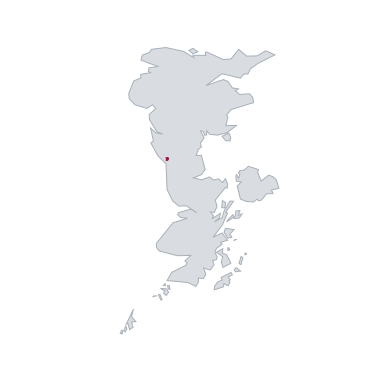 where Middlesbrough sits in United Kingdom, rotated 193°
{"feature_id": "GBR-2031", "entity_name": "Middlesbrough", "entity_type": "Unitary Authority", "adm_level": 1, "iso_a3": "GBR", "parent_name": "United Kingdom", "parent_adm1": "", "projection": "orthographic", "projection_center": [-1.245, 54.532], "detail": "fine", "context": "in_parent", "style": "filled", "palette": "rose", "viewbox_px": 384, "rotation_deg": 193, "n_neighbors": 0, "source": "natural_earth", "source_scale": "10m", "svg_char_len": 4075}
<svg xmlns="http://www.w3.org/2000/svg" viewBox="0 0 384 384"><g transform="rotate(193 192 192)"><path d="M202.3,298.9L186.7,308.6L181.9,307.8L176.1,302.5L170.0,302.9L172.6,300.4L167.5,297.8L158.1,300.6L154.3,298.1L152.1,293.0L172.4,281.1L175.6,275.1L173.9,273.1L173.9,264.2L163.6,266.9L171.3,257.5L180.1,253.1L187.7,252.2L191.6,254.9L190.5,251.0L192.3,250.1L194.7,253.6L197.6,253.6L192.3,247.6L194.9,241.3L192.9,238.1L195.5,234.8L196.1,228.5L191.1,229.8L184.3,217.0L186.6,211.1L193.9,206.1L185.4,206.0L178.4,210.6L173.6,208.5L169.1,210.8L164.3,208.1L162.5,212.5L159.0,207.5L158.6,203.7L160.5,203.8L167.5,189.3L164.3,183.5L165.7,176.9L169.6,176.8L165.6,173.4L166.5,170.3L159.4,177.7L159.6,172.6L163.4,168.0L156.9,173.8L156.4,181.0L153.0,191.7L149.5,192.3L154.6,179.9L152.7,179.5L154.9,167.0L161.3,152.7L153.5,158.8L146.3,152.9L152.9,149.5L150.9,147.9L155.5,142.5L156.2,138.7L152.9,134.3L152.9,131.7L156.5,129.7L154.2,126.1L156.7,120.1L163.6,120.5L160.0,114.8L161.5,110.1L166.5,109.6L165.5,106.1L166.9,100.9L175.5,102.9L196.4,100.1L193.7,109.1L181.6,119.1L180.7,122.1L183.4,123.2L178.9,130.0L192.0,126.6L210.7,127.2L213.9,129.8L215.2,133.8L203.6,157.8L190.5,165.4L197.4,164.6L201.0,166.9L200.6,168.8L189.4,175.0L182.6,172.8L194.4,177.3L201.7,175.3L208.9,179.0L216.8,188.7L223.7,213.7L233.1,219.4L243.1,230.4L241.1,233.2L246.8,245.0L240.1,241.4L233.5,241.9L239.7,242.7L249.6,252.8L251.2,257.9L246.0,265.3L250.1,268.0L254.8,263.3L267.2,264.2L274.1,268.8L275.8,273.8L273.7,287.1L267.5,291.6L268.4,295.2L259.2,298.9L261.8,299.9L261.8,303.3L253.5,306.6L271.4,309.0L271.2,314.2L265.0,318.3L263.6,321.9L249.9,326.9L231.9,327.1L220.4,323.3L221.9,325.5L209.2,328.2L210.4,331.0L209.0,331.7L191.5,328.1L184.0,330.3L178.6,341.5L169.3,336.7L159.4,339.2L151.9,346.1L142.0,344.3L156.7,332.1L162.7,325.4L164.1,319.6L168.2,318.4L170.4,313.8L189.4,314.0L202.3,298.9ZM142.8,229.7L132.2,228.8L132.5,225.8L127.0,218.3L121.0,225.7L116.3,225.0L112.3,222.5L108.2,215.2L115.0,211.8L112.7,208.6L118.9,207.1L122.4,199.9L125.2,198.3L127.0,199.7L129.8,196.1L137.7,195.0L143.3,196.1L149.3,208.0L146.3,212.9L151.3,212.6L152.8,217.4L152.5,219.1L149.6,215.8L149.5,220.6L151.2,221.0L150.2,223.8L146.4,224.7L142.8,229.7ZM148.7,105.6L146.4,110.5L142.7,113.0L144.5,115.2L135.8,122.4L134.0,120.4L137.7,117.5L134.9,115.0L136.1,113.7L134.6,112.3L135.9,108.7L140.4,110.0L139.9,106.8L148.4,101.6L148.7,105.6ZM147.7,130.3L147.5,135.8L154.6,138.8L149.2,143.7L148.8,139.2L144.3,138.8L138.1,131.4L144.8,125.5L147.7,130.3ZM221.8,43.8L224.8,49.3L226.3,48.5L222.7,64.7L222.9,56.9L217.5,53.1L221.7,51.7L218.9,47.1L221.8,43.8ZM151.2,164.1L142.5,164.9L145.7,159.5L143.0,157.0L146.6,155.1L151.7,159.9L151.2,164.1ZM170.8,249.6L175.2,253.0L169.4,257.7L166.5,253.9L166.4,250.3L170.8,249.6ZM144.7,175.6L144.8,183.5L141.2,184.7L141.6,179.7L138.4,181.9L140.0,177.4L144.7,175.6ZM196.8,86.8L196.4,89.5L201.0,91.0L194.9,91.9L192.2,89.0L193.9,85.4L196.8,86.8ZM160.5,190.5L156.8,189.3L156.5,183.9L159.5,183.4L160.5,190.5ZM226.8,329.3L223.4,332.2L217.7,330.0L222.3,326.9L226.8,329.3ZM147.1,179.1L145.6,176.7L151.6,170.6L150.2,173.8L147.1,179.1ZM131.8,124.0L133.4,125.7L131.8,128.3L126.9,125.9L131.8,124.0ZM129.7,140.2L127.7,139.6L127.9,132.3L130.1,132.8L129.7,140.2ZM226.4,46.5L224.6,43.9L225.7,40.6L227.1,41.6L226.4,46.5ZM201.6,84.4L200.3,85.1L196.9,80.3L198.1,79.7L201.6,84.4ZM194.8,95.5L193.1,95.8L191.5,92.1L193.3,92.3L194.8,95.5ZM230.1,37.9L229.4,41.6L228.1,41.2L228.1,38.0L230.1,37.9ZM206.1,82.0L202.6,83.1L206.4,81.3L206.1,82.0ZM144.5,145.7L143.4,145.9L142.2,144.0L144.0,143.2L144.5,145.7ZM198.9,94.6L197.6,96.6L196.8,94.7L198.9,94.6ZM139.8,155.1L137.6,155.9L140.6,154.0L139.8,155.1ZM126.7,144.3L125.3,144.5L124.8,143.9L126.3,142.7L126.7,144.3Z" fill="#d9dde1" stroke="#a8b0b8" stroke-width="1"/><path d="M223.7,217.3L224.0,217.4L223.9,217.6L224.0,218.0L224.1,218.4L224.3,218.8L224.5,219.2L224.6,219.4L224.2,219.4L223.7,219.6L223.5,219.9L223.4,219.9L223.0,219.7L222.7,219.5L222.6,219.1L222.6,218.7L222.7,218.3L222.8,218.0L223.0,217.7L223.3,217.3L223.5,217.3L223.7,217.3Z" fill="#f43f5e" stroke="#9f1239" stroke-width="1.5"/></g></svg>